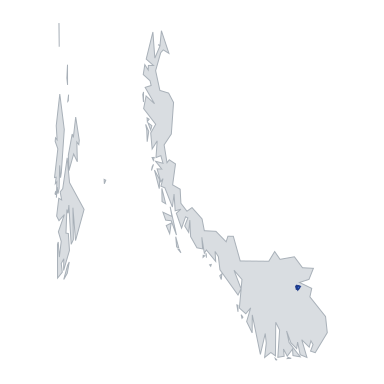 Lier nor, Buskerud, Norway shown in context, rotated 271°
{"feature_id": "86288312B74882659121257", "entity_name": "Lier nor", "entity_type": "district", "adm_level": 2, "iso_a3": "NOR", "parent_name": "Norway", "parent_adm1": "Buskerud", "projection": "equal_earth", "projection_center": [10.309, 59.848], "detail": "fine", "context": "in_parent", "style": "filled", "palette": "blue", "viewbox_px": 384, "rotation_deg": 271, "n_neighbors": 0, "source": "geoboundaries", "source_scale": "gbopen_adm2", "svg_char_len": 4571}
<svg xmlns="http://www.w3.org/2000/svg" viewBox="0 0 384 384"><g transform="rotate(271 192 192)"><path d="M238.6,163.3L220.8,166.5L223.8,168.7L219.8,175.0L198.8,172.5L194.6,180.1L180.5,181.1L172.7,187.3L176.4,192.3L165.3,202.5L153.5,205.0L153.1,216.6L142.8,227.0L148.4,228.7L148.4,234.1L123.9,241.4L124.1,270.0L133.9,275.7L126.2,281.2L129.0,295.5L118.2,303.8L117.8,314.7L106.7,310.5L103.4,301.0L97.7,313.4L89.2,311.7L69.8,327.7L53.7,329.7L33.5,318.0L35.0,313.3L41.6,315.7L45.3,313.5L38.9,311.9L46.2,304.3L28.6,309.8L31.2,303.0L43.8,300.2L37.2,299.4L43.0,293.5L54.7,289.0L43.2,291.7L29.1,303.1L30.2,295.8L36.8,295.3L29.5,290.1L36.6,286.2L29.4,287.0L28.2,280.7L55.5,282.0L63.2,278.0L29.6,278.3L32.9,273.6L27.8,267.5L42.2,268.9L51.8,267.7L30.8,263.2L70.2,254.4L52.2,254.6L63.4,248.9L77.2,252.7L71.2,247.9L76.8,241.4L105.4,243.5L114.5,235.4L96.1,242.7L89.8,239.8L114.7,221.3L127.8,219.5L133.0,216.1L123.0,216.9L134.3,207.4L131.0,205.4L146.9,202.6L135.3,203.6L136.3,197.9L147.4,191.4L163.9,190.3L151.5,189.4L157.9,185.3L166.0,188.3L167.1,186.0L155.7,182.2L170.5,176.7L174.6,181.2L172.9,175.5L189.6,174.1L176.6,172.7L195.7,164.8L197.3,160.8L204.9,162.8L201.7,160.6L214.5,156.7L214.4,161.4L222.1,155.0L220.2,162.5L227.8,160.2L225.8,155.4L242.5,156.3L234.3,151.4L250.3,149.7L259.1,154.5L274.5,142.2L287.2,144.4L279.6,153.0L295.8,143.3L297.8,149.3L302.5,148.1L308.6,141.2L318.5,142.6L313.2,146.1L317.8,146.2L317.8,151.3L324.1,143.9L351.3,150.1L325.2,152.5L337.4,157.4L352.7,158.6L330.2,166.5L333.6,160.8L330.8,158.3L312.7,153.5L293.0,158.1L290.5,166.9L281.2,172.0L249.6,170.3L238.6,163.3ZM165.5,57.1L183.4,58.9L181.8,61.8L189.8,60.2L193.1,62.7L224.0,66.6L199.2,69.4L172.7,84.4L141.4,76.4L174.2,73.2L142.3,74.2L137.6,72.1L176.8,69.1L168.6,68.4L172.3,67.2L148.7,66.7L148.3,69.1L131.5,70.5L111.3,65.0L123.0,65.0L118.2,62.5L109.5,63.7L103.6,59.1L137.2,58.4L139.7,59.1L124.6,60.5L140.3,62.1L149.9,59.1L167.2,64.8L161.0,59.5L165.5,57.1ZM204.0,54.3L232.8,57.1L240.3,54.3L243.8,54.6L241.8,56.2L255.9,55.1L287.6,58.1L252.2,63.2L209.2,61.0L204.0,60.3L216.3,59.2L193.3,59.1L188.0,58.0L194.6,57.2L184.0,56.5L199.9,56.7L197.9,55.2L204.4,55.9L204.0,54.3ZM226.6,67.7L247.9,71.2L244.4,72.4L264.9,74.4L241.7,78.4L237.4,78.0L240.0,76.0L220.2,76.8L227.9,73.0L211.2,68.6L226.6,67.7ZM167.2,172.4L176.9,170.4L148.7,177.2L162.9,171.7L163.4,166.2L171.3,163.3L167.2,172.4ZM181.9,162.2L195.1,161.8L179.8,165.9L181.9,162.2ZM194.8,159.2L213.3,154.1L203.7,159.5L194.8,159.2ZM102.3,65.3L116.6,68.9L119.9,70.5L108.6,68.7L102.3,65.3ZM158.0,166.8L160.5,171.7L149.9,170.4L158.0,166.8ZM258.8,144.5L251.8,147.7L241.5,146.3L253.2,145.7L258.8,144.5ZM260.4,146.8L257.6,150.7L253.2,149.6L260.4,146.8ZM136.8,177.6L147.0,176.5L136.0,179.7L136.8,177.6ZM357.8,56.1L334.9,56.7L358.6,56.0L357.8,56.1ZM303.7,64.9L317.1,65.3L296.9,65.7L303.7,64.9ZM281.1,141.9L288.6,141.1L291.2,141.8L281.1,141.9ZM265.3,145.8L264.0,147.9L261.7,146.1L265.3,145.8ZM225.8,151.5L225.9,153.6L222.9,152.8L225.8,151.5ZM203.1,103.9L202.3,105.6L198.7,104.2L203.1,103.9ZM287.2,66.9L281.0,66.7L280.4,66.2L287.2,66.9ZM108.7,221.2L110.7,223.3L105.0,222.8L108.7,221.2ZM212.8,151.1L216.7,151.8L219.0,153.0L212.8,151.1ZM188.1,55.1L190.7,55.8L186.7,55.5L188.1,55.1ZM79.6,239.9L73.0,240.1L79.9,238.8L79.6,239.9ZM70.2,243.3L67.7,245.1L66.6,244.2L70.2,243.3ZM134.4,180.3L131.0,182.0L134.6,179.0L134.4,180.3ZM28.3,291.0L27.4,294.1L27.1,290.1L28.3,291.0ZM128.4,205.8L126.9,204.2L128.9,204.3L128.4,205.8ZM338.7,155.5L338.2,157.2L337.9,156.9L338.7,155.5ZM130.3,207.3L126.6,207.6L131.0,206.9L130.3,207.3ZM119.5,210.9L119.9,212.5L118.1,212.0L119.5,210.9ZM27.1,278.1L25.4,280.0L25.8,278.5L27.1,278.1Z" fill="#d9dde1" stroke="#a8b0b8" stroke-width="1"/><path d="M96.1,299.5L96.3,299.6L96.4,299.8L96.5,300.0L96.8,300.3L97.0,300.4L97.2,300.5L97.3,300.5L97.5,300.6L97.6,300.8L97.8,301.0L98.0,301.0L98.3,301.2L98.4,301.3L98.5,301.4L98.8,301.3L99.0,301.3L99.2,301.5L99.3,301.5L99.5,301.7L99.6,301.4L99.6,301.2L99.6,300.9L99.8,300.8L99.8,300.7L99.7,300.7L99.8,300.5L100.0,300.5L100.1,300.4L100.1,300.2L100.0,299.9L99.9,299.8L99.9,299.7L99.8,299.4L99.7,299.3L99.8,299.3L99.8,299.2L99.8,299.3L99.9,299.2L99.9,299.3L99.9,299.2L100.0,299.2L100.2,298.9L100.3,298.7L100.4,298.4L100.2,298.2L100.0,297.9L99.9,297.9L99.7,297.8L99.4,297.9L99.3,297.6L99.1,297.7L98.9,297.7L98.7,297.8L98.5,297.7L98.4,297.7L98.2,297.7L98.2,297.8L97.9,297.9L97.8,298.0L97.6,298.2L97.3,298.2L97.2,298.2L96.9,298.2L96.7,298.2L96.7,298.3L96.8,298.3L96.9,298.5L96.9,298.8L97.0,298.9L96.8,298.9L96.7,299.0L96.4,299.0L96.2,299.2L96.3,299.4L96.1,299.5Z" fill="#3b82f6" stroke="#1e3a8a" stroke-width="1.5"/></g></svg>